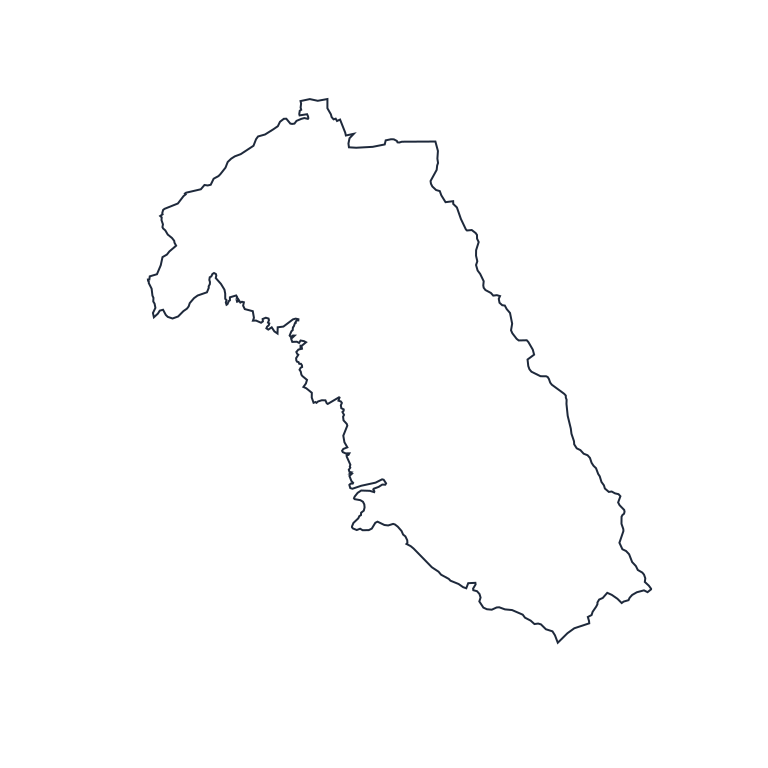 Glogova, Mehedinti, Romania, rotated 165°
{"feature_id": "2599482B38574627683383", "entity_name": "Glogova", "entity_type": "district", "adm_level": 2, "iso_a3": "ROU", "parent_name": "Romania", "parent_adm1": "Mehedinti", "projection": "mercator", "projection_center": [22.923, 44.916], "detail": "fine", "context": "isolated", "style": "outline", "palette": "slate", "viewbox_px": 768, "rotation_deg": 165, "n_neighbors": 0, "source": "geoboundaries", "source_scale": "gbopen_adm2", "svg_char_len": 6161}
<svg xmlns="http://www.w3.org/2000/svg" viewBox="0 0 768 768"><g transform="rotate(165 384 384)"><path d="M473.3,641.2L477.5,638.9L481.1,634.0L487.8,629.0L490.0,627.7L495.4,626.4L499.8,621.3L502.9,621.4L505.9,622.7L510.5,619.5L525.7,620.0L527.0,619.5L526.5,618.5L529.0,617.4L536.4,611.7L550.6,610.0L552.3,609.3L554.0,606.4L553.9,605.2L556.7,604.2L555.6,602.5L556.5,599.9L556.2,595.4L557.4,592.9L557.1,591.4L555.5,589.0L554.2,584.3L551.0,579.9L549.6,576.6L549.8,574.7L549.0,571.4L557.0,567.6L560.2,565.2L565.1,563.9L568.9,556.5L574.9,548.8L582.4,548.6L583.6,545.7L585.0,546.0L585.2,544.7L584.7,543.8L585.1,542.4L583.8,536.2L584.8,529.3L584.4,526.9L585.5,523.4L584.8,521.0L585.1,516.7L588.8,512.4L589.0,508.0L584.2,510.5L581.6,512.9L578.2,512.9L576.9,507.2L575.5,504.8L571.3,502.0L565.4,502.5L558.9,506.3L554.8,507.8L552.6,509.5L550.7,512.4L545.3,516.1L541.1,517.7L531.3,518.4L528.4,522.2L528.1,523.7L526.4,525.5L525.7,527.6L525.8,529.7L524.7,532.2L523.0,532.6L521.2,534.7L519.5,535.2L517.9,533.7L517.9,532.2L519.1,529.9L515.6,522.9L513.7,516.4L514.0,512.4L515.3,507.4L514.4,505.7L515.7,503.7L515.6,501.3L514.6,501.6L512.4,504.3L511.2,504.7L510.4,507.6L503.9,507.8L503.4,506.2L504.0,505.2L503.1,504.6L502.4,502.3L504.6,503.0L504.6,501.5L502.4,501.7L501.7,499.8L499.9,500.2L498.2,499.2L499.8,496.1L499.1,492.4L491.9,488.3L492.5,481.6L494.2,479.1L491.2,478.4L486.9,475.0L484.8,475.8L484.4,478.2L481.0,478.6L478.6,477.1L478.6,475.4L480.2,473.3L479.1,472.2L480.1,470.6L482.1,469.6L483.2,468.2L481.7,466.5L477.8,467.8L476.3,463.2L473.8,460.3L472.0,466.3L466.3,465.5L455.2,470.0L452.4,470.0L449.9,468.7L450.3,467.6L451.6,468.0L453.0,467.3L453.4,465.9L454.2,465.9L456.3,462.9L457.3,462.3L458.3,459.6L459.8,458.9L462.6,455.2L461.9,453.6L459.4,454.4L457.8,453.9L462.0,451.7L461.7,448.4L457.3,447.4L455.4,445.7L453.3,447.6L450.2,446.1L448.5,444.5L453.6,442.2L454.7,442.6L455.1,441.2L453.9,441.4L454.1,439.3L457.8,439.4L460.4,437.6L460.1,435.7L459.2,434.4L462.2,431.7L462.6,429.5L462.2,428.0L460.9,427.3L460.6,425.4L459.0,425.0L458.4,423.3L458.7,421.6L460.3,421.3L461.9,419.6L461.2,417.6L461.4,414.4L460.8,412.8L457.3,407.9L459.3,404.7L462.6,402.0L460.2,400.0L456.0,394.2L457.3,389.6L456.9,384.1L454.9,384.3L454.1,383.3L452.2,384.2L448.4,384.4L444.8,383.4L444.3,380.2L443.5,379.3L430.9,382.8L430.5,382.4L432.3,379.7L430.2,378.3L429.6,376.6L431.2,374.6L431.5,371.7L429.5,369.9L429.9,368.6L431.4,367.7L430.6,364.5L432.0,363.0L432.5,359.3L430.3,355.1L430.2,353.3L436.7,344.6L437.3,338.0L435.8,332.3L440.1,331.8L441.8,330.3L441.4,328.8L439.0,326.9L435.4,326.0L436.7,324.7L438.6,324.7L438.8,323.5L437.4,314.7L438.4,313.1L438.2,311.9L440.2,310.3L440.1,308.0L438.3,307.1L440.2,306.2L438.5,305.5L441.2,304.1L440.6,298.8L439.4,296.5L440.0,295.9L442.0,296.4L443.6,295.5L443.5,292.2L441.6,291.0L432.3,291.6L417.7,290.9L410.5,292.4L409.1,291.6L407.7,287.5L408.8,286.4L411.7,287.3L415.8,286.0L421.0,285.5L421.6,285.0L421.1,282.8L421.5,282.1L425.4,284.5L433.6,287.0L437.6,285.7L441.4,282.9L442.6,281.4L442.2,280.4L436.9,277.9L434.8,275.7L434.2,272.8L434.7,269.8L436.3,266.9L439.4,265.6L440.2,263.3L442.0,262.8L443.6,260.9L449.5,257.7L451.8,254.7L452.0,253.9L451.4,252.5L448.1,250.0L444.5,250.4L442.5,248.3L436.5,246.8L433.2,247.5L428.3,252.2L425.9,252.7L420.1,247.7L416.6,246.3L411.4,246.5L409.8,245.5L407.6,242.6L405.1,237.5L404.5,233.6L402.8,231.3L402.0,227.1L402.5,224.5L403.7,223.7L400.2,220.5L398.0,217.4L385.2,194.6L379.9,188.6L378.2,185.0L371.9,179.0L370.7,176.8L363.7,171.5L360.2,167.3L357.4,165.4L354.2,169.8L347.2,168.3L347.4,166.7L350.9,163.3L351.1,161.7L347.8,159.8L346.1,156.4L346.0,152.7L348.2,149.3L345.9,142.3L342.9,139.8L338.3,138.1L333.0,139.0L330.5,138.5L325.5,135.0L318.8,132.5L309.7,125.3L308.3,121.8L303.6,117.5L300.8,113.2L297.1,112.7L294.6,111.2L291.1,105.2L285.3,101.5L283.9,97.0L283.1,89.1L271.3,95.8L263.4,98.8L247.7,99.7L247.3,102.0L247.4,106.2L243.3,107.1L241.4,110.0L236.7,114.0L234.8,116.1L234.4,117.7L232.0,120.1L228.1,120.7L222.4,124.5L218.6,121.4L214.1,116.1L211.1,110.9L208.9,111.8L203.8,111.9L202.0,114.0L198.9,116.0L193.7,117.4L186.3,117.4L183.3,114.7L179.2,116.5L179.0,117.1L180.4,120.7L183.3,125.3L181.9,128.7L182.2,132.6L183.3,135.0L187.0,138.7L187.8,142.9L190.4,147.8L191.3,156.1L193.4,160.0L196.5,162.7L197.7,169.7L190.8,180.0L190.4,181.9L190.8,187.5L188.9,194.3L187.6,195.7L185.7,196.6L184.7,198.4L184.6,200.2L187.8,205.9L188.5,209.0L184.7,214.4L186.0,216.9L189.2,218.6L191.9,221.2L194.8,221.6L197.7,225.9L197.8,229.2L199.3,233.1L199.5,239.0L200.4,241.7L201.0,247.8L202.8,250.8L203.9,254.2L204.2,259.3L205.8,262.5L209.2,265.0L211.4,269.3L214.5,272.0L215.9,276.5L215.3,279.5L215.8,287.4L215.1,292.6L214.8,305.7L212.9,317.6L211.7,321.5L211.9,323.8L211.4,325.8L212.5,327.9L222.1,339.9L223.1,342.3L223.4,346.2L224.1,348.4L225.4,349.5L230.8,351.0L238.4,357.7L239.7,360.6L240.0,364.0L239.0,370.5L231.4,373.5L231.4,378.7L233.7,387.2L234.8,389.3L242.6,391.2L244.2,393.3L246.9,399.8L247.4,403.0L244.6,409.1L243.9,420.0L246.1,424.6L247.0,428.5L249.4,429.5L251.4,432.6L251.1,436.6L249.2,438.9L252.0,440.6L255.6,441.1L257.2,444.3L261.7,448.5L262.8,451.2L262.6,453.5L261.1,457.5L262.6,465.4L264.2,469.4L264.3,475.1L262.1,478.4L261.9,484.1L260.4,489.4L255.8,496.6L256.5,500.3L255.6,503.9L256.4,506.1L259.4,510.0L264.1,510.8L264.9,512.1L267.0,523.5L267.9,535.7L270.5,540.0L269.9,542.7L277.5,543.7L279.8,551.4L280.2,555.9L283.5,557.9L286.2,562.3L286.8,565.3L286.5,568.0L277.7,577.2L276.1,581.3L274.6,583.5L274.1,587.9L271.6,595.1L271.6,604.9L304.0,613.4L306.7,613.3L308.4,613.9L308.7,615.5L311.2,617.8L313.9,618.6L319.3,618.9L321.3,615.2L333.5,616.0L349.7,619.4L356.6,621.7L356.1,625.5L353.7,630.3L348.4,633.5L356.5,633.9L356.4,636.9L358.0,650.8L361.3,650.2L362.0,652.8L364.2,652.7L365.5,655.4L365.5,658.2L367.3,665.0L364.9,673.9L374.7,674.7L381.9,678.4L391.4,678.9L391.5,676.3L393.0,672.6L393.0,670.3L394.6,669.8L396.0,666.7L396.0,665.3L388.5,664.5L388.1,662.1L388.3,660.3L388.9,659.8L392.1,661.5L395.3,661.5L400.4,660.8L403.1,658.7L405.5,659.0L407.1,659.8L409.7,665.5L412.1,666.1L416.6,664.2L419.8,660.5L425.2,658.6L434.3,655.8L441.6,655.7L444.2,653.6L448.4,647.9L462.9,643.1L469.2,642.5L473.3,641.2Z" fill="none" stroke="#1e293b" stroke-width="2"/></g></svg>